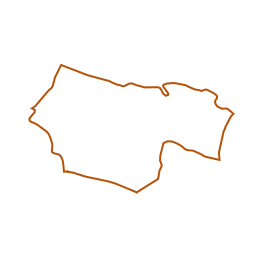 SVG path tracing the border of Hajjah, rotated 290°
{"feature_id": "YEM-154", "entity_name": "Hajjah", "entity_type": "Governorate", "adm_level": 1, "iso_a3": "YEM", "parent_name": "Yemen", "parent_adm1": "", "projection": "equal_earth", "projection_center": [43.354, 16.097], "detail": "fine", "context": "isolated", "style": "outline", "palette": "amber", "viewbox_px": 256, "rotation_deg": 290, "n_neighbors": 0, "source": "natural_earth", "source_scale": "10m", "svg_char_len": 1520}
<svg xmlns="http://www.w3.org/2000/svg" viewBox="0 0 256 256"><g transform="rotate(290 128 128)"><path d="M110.8,34.9L112.9,34.4L113.6,31.3L113.6,31.1L116.1,33.1L136.7,40.8L138.9,42.3L141.4,42.9L150.7,42.1L164.3,43.6L163.8,72.1L165.7,94.6L165.3,97.3L165.1,100.9L165.1,103.8L165.5,106.2L165.4,108.6L166.2,110.4L169.9,113.7L171.3,116.6L171.1,121.5L171.6,125.6L171.7,129.3L176.5,142.0L176.5,144.4L175.3,146.2L173.7,147.7L172.4,149.2L171.8,150.9L171.3,152.6L172.8,154.4L174.2,154.1L178.9,147.0L180.1,146.4L181.3,147.2L182.8,148.9L185.9,155.4L187.1,161.6L187.9,168.2L187.4,171.4L187.1,177.3L187.8,181.3L188.0,184.5L190.1,186.9L191.0,188.5L190.4,194.5L189.5,198.9L188.2,200.9L186.3,201.4L184.0,200.7L182.1,200.9L180.4,202.2L179.4,203.7L178.7,205.4L178.4,207.6L178.3,209.8L180.0,213.8L179.8,216.0L177.4,222.2L174.1,220.8L162.9,219.2L160.3,219.4L157.7,219.0L136.2,221.8L129.3,224.9L127.5,210.5L127.7,208.3L128.2,206.7L129.0,197.1L127.6,191.7L127.6,188.7L128.6,186.4L129.5,183.6L130.2,179.4L130.4,174.2L129.0,169.6L125.8,166.5L113.2,167.8L108.4,169.2L106.6,170.9L103.9,172.7L98.7,172.2L90.4,173.7L70.5,158.2L70.4,158.2L70.5,157.9L71.5,135.4L71.1,127.8L67.8,104.7L67.3,92.4L67.2,91.3L66.5,87.9L66.6,88.0L66.6,87.5L66.6,86.7L66.5,85.7L66.1,84.8L65.1,83.2L65.0,82.8L70.8,80.1L75.2,77.7L78.3,74.9L79.4,72.2L79.2,69.6L78.9,67.1L79.4,64.9L80.7,64.2L85.4,63.0L87.2,62.2L92.6,58.1L95.3,55.5L96.8,52.7L100.0,42.0L100.5,38.8L100.6,35.4L101.2,33.1L102.8,32.2L105.9,33.0L110.8,34.9Z" fill="none" stroke="#b45309" stroke-width="2"/></g></svg>